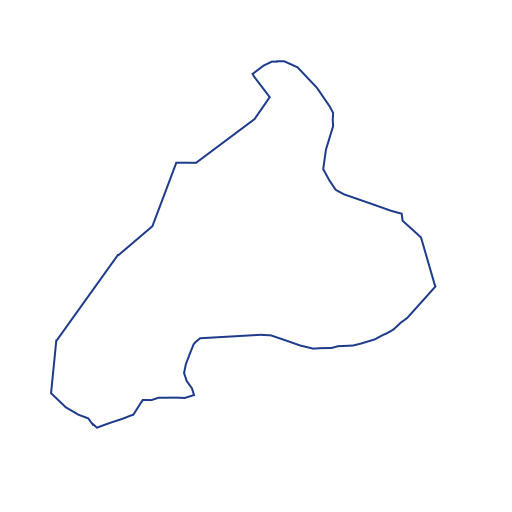 Sunny Acres, Castries, Saint Lucia, rotated 100°
{"feature_id": "8701671B95823931599644", "entity_name": "Sunny Acres", "entity_type": "district", "adm_level": 2, "iso_a3": "LCA", "parent_name": "Saint Lucia", "parent_adm1": "Castries", "projection": "mercator", "projection_center": [-60.973, 14.029], "detail": "fine", "context": "isolated", "style": "outline", "palette": "blue", "viewbox_px": 512, "rotation_deg": 100, "n_neighbors": 0, "source": "geoboundaries", "source_scale": "gbopen_adm2", "svg_char_len": 1558}
<svg xmlns="http://www.w3.org/2000/svg" viewBox="0 0 512 512"><g transform="rotate(100 256 256)"><path d="M254.8,74.0L254.3,74.5L209.1,96.7L205.4,102.5L195.8,117.8L192.4,118.8L189.0,119.9L188.7,123.8L188.0,131.0L185.8,144.1L182.9,161.9L180.0,180.0L178.7,183.9L177.0,189.0L168.3,197.3L164.5,200.3L158.8,204.9L152.8,205.1L139.0,205.6L114.9,202.6L112.2,203.2L108.3,204.1L101.7,204.9L100.0,206.2L95.9,209.4L90.6,214.6L79.8,225.2L63.0,247.8L59.3,262.1L60.6,269.2L61.0,269.3L61.3,271.0L61.8,274.1L67.0,281.4L71.5,285.6L77.3,291.0L79.6,289.1L81.7,286.8L82.1,286.4L88.0,280.0L97.2,270.1L121.4,281.2L174.6,331.2L178.0,350.7L195.7,354.0L244.7,363.2L250.0,367.6L279.0,391.6L279.0,392.2L349.3,425.9L373.6,437.5L373.8,438.0L426.7,434.0L438.0,417.1L443.1,403.4L445.1,392.9L450.5,387.3L450.1,387.0L452.7,382.8L450.7,379.5L445.2,369.9L439.7,359.6L434.0,350.2L433.7,349.7L433.7,349.3L417.5,342.6L416.0,333.8L412.5,327.4L409.1,308.4L408.5,304.0L408.3,301.8L406.9,299.1L403.7,292.9L397.6,296.0L391.2,302.5L383.6,306.6L383.0,306.5L374.8,306.3L369.0,305.2L365.9,304.6L362.3,303.9L353.8,302.1L351.1,300.5L350.5,300.0L346.7,296.7L332.8,237.8L332.5,235.1L331.6,227.8L331.7,226.9L332.5,221.6L333.9,212.5L336.5,196.7L336.6,194.7L337.3,183.6L336.0,178.3L335.6,176.6L335.2,174.6L333.5,165.7L330.6,159.6L327.5,145.6L327.4,145.1L324.0,137.4L317.4,124.4L315.5,122.1L314.1,120.3L312.0,117.6L309.6,114.0L307.4,111.2L306.6,110.3L304.5,107.9L300.0,104.4L297.1,102.3L296.4,101.8L295.3,100.7L294.5,99.9L290.7,96.3L264.4,79.9L254.8,74.0Z" fill="none" stroke="#1e3a8a" stroke-width="2"/></g></svg>